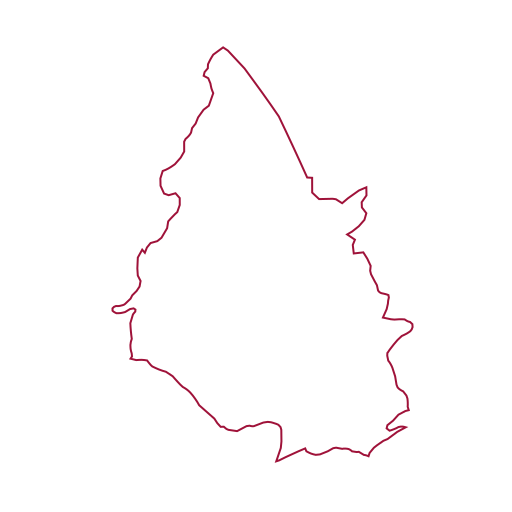 the district of Carbunari, Caras-Severin, Romania, rotated 84°
{"feature_id": "2599482B8506832177959", "entity_name": "Carbunari", "entity_type": "district", "adm_level": 2, "iso_a3": "ROU", "parent_name": "Romania", "parent_adm1": "Caras-Severin", "projection": "natural_earth1", "projection_center": [21.763, 44.828], "detail": "fine", "context": "isolated", "style": "outline", "palette": "rose", "viewbox_px": 512, "rotation_deg": 84, "n_neighbors": 0, "source": "geoboundaries", "source_scale": "gbopen_adm2", "svg_char_len": 3938}
<svg xmlns="http://www.w3.org/2000/svg" viewBox="0 0 512 512"><g transform="rotate(84 256 256)"><path d="M345.0,391.5L347.0,386.0L347.1,383.3L347.3,380.6L347.8,377.9L348.5,375.2L350.2,374.2L351.9,373.1L353.5,372.0L355.0,370.7L356.9,367.6L358.7,364.4L360.3,361.1L361.7,357.7L366.9,351.4L369.9,349.3L372.9,347.1L375.8,344.9L378.6,342.5L379.9,340.7L381.4,338.9L383.1,337.2L384.9,335.7L388.1,333.5L391.5,331.5L394.9,329.7L398.5,328.1L413.4,314.4L418.1,312.0L422.2,309.0L422.4,305.9L424.9,303.5L426.0,301.6L428.2,293.1L424.2,283.2L424.1,280.0L424.5,279.1L424.8,278.0L425.0,277.0L425.0,275.9L422.4,266.1L422.2,261.6L422.9,258.5L423.6,256.7L424.4,254.9L425.2,253.1L426.2,251.4L428.7,249.5L431.5,249.0L443.2,250.1L449.5,251.4L462.3,257.3L461.7,254.4L459.2,247.7L456.9,240.9L454.6,234.0L452.5,227.2L455.5,226.3L456.9,224.2L458.2,222.0L459.2,219.7L460.0,217.4L460.0,213.1L457.7,205.0L455.2,199.3L455.0,196.4L456.8,190.4L456.7,188.8L456.9,187.1L457.2,185.6L457.7,184.0L458.2,183.2L458.8,182.4L459.5,181.6L460.3,180.9L461.5,176.3L461.5,174.2L465.1,169.5L465.4,168.3L465.8,167.2L466.3,166.1L466.9,165.0L463.7,163.6L459.0,158.8L456.8,155.3L453.1,148.6L451.8,144.3L445.7,134.0L442.0,125.0L441.6,126.0L441.3,126.9L441.0,127.9L440.9,128.9L440.8,129.9L441.0,132.2L441.9,134.4L442.6,136.7L443.2,139.0L443.7,141.4L441.1,144.1L438.0,143.0L434.1,136.9L428.7,130.9L425.8,123.7L425.3,120.2L421.8,120.9L419.8,120.6L417.7,120.4L415.7,120.3L413.6,120.3L410.5,121.0L406.0,123.8L405.1,125.2L404.1,126.5L402.9,127.8L401.5,128.9L398.7,129.7L390.2,130.2L381.6,132.0L379.6,132.6L377.6,133.4L375.7,134.3L373.9,135.4L368.9,135.9L366.2,135.5L365.6,134.9L363.1,132.8L360.8,130.6L358.4,128.3L356.2,126.0L354.3,124.0L350.8,119.4L349.9,116.8L348.9,114.2L348.2,112.8L347.5,111.4L346.9,110.4L346.5,110.0L345.8,109.3L345.1,108.7L344.2,108.3L343.3,107.8L342.8,107.7L340.1,107.6L337.7,109.7L337.2,111.1L336.5,112.4L335.6,113.6L334.6,114.8L334.2,117.3L333.9,119.9L333.8,122.5L333.7,125.0L333.0,128.5L330.5,136.2L322.5,131.6L317.2,129.8L315.6,129.5L314.1,129.2L312.6,128.7L311.1,128.2L308.7,128.4L308.0,129.8L307.4,131.3L306.8,133.0L306.2,134.8L305.9,135.5L305.4,136.3L304.7,137.1L303.9,137.7L303.1,138.2L297.7,138.8L293.8,140.5L286.2,143.5L282.6,144.0L277.8,143.0L270.3,145.6L263.6,148.9L263.7,158.5L255.1,158.6L250.1,155.9L244.1,163.1L241.8,158.0L237.2,150.7L231.4,144.4L225.0,141.8L218.8,145.6L213.6,145.3L207.3,139.8L199.2,139.1L201.6,146.8L208.2,158.5L212.5,164.8L207.9,170.6L207.1,173.8L206.0,187.3L198.8,193.5L184.1,192.0L183.3,196.9L167.3,202.2L151.4,207.6L135.5,213.1L119.6,218.7L106.6,225.8L93.8,233.0L81.0,240.4L68.3,247.8L48.8,262.5L45.1,266.9L51.3,277.5L53.5,279.2L55.7,280.8L58.0,282.3L60.3,283.7L64.3,284.3L67.7,287.9L71.3,289.2L74.2,284.9L79.7,283.3L82.2,283.1L84.7,282.8L87.2,282.2L89.6,281.5L101.6,287.2L105.0,292.8L112.1,299.1L118.0,302.2L122.1,306.2L126.5,307.7L128.2,309.0L129.7,310.5L131.0,312.1L132.2,313.8L134.8,315.5L144.6,316.5L150.3,320.6L156.2,327.0L157.0,328.4L158.5,331.2L159.8,334.0L160.9,336.9L161.7,339.9L168.9,343.0L176.2,343.6L184.3,340.9L186.4,336.5L185.2,329.5L190.4,325.8L197.3,326.5L204.1,329.7L206.0,332.3L208.1,334.8L210.2,337.3L212.4,339.7L219.1,341.5L228.0,348.1L230.9,352.6L232.1,359.5L236.2,363.6L241.2,366.2L237.8,368.5L245.2,373.7L255.9,375.3L263.1,375.6L268.8,373.4L274.2,375.0L278.3,378.4L282.2,383.2L285.3,385.2L289.9,391.1L290.5,392.1L290.8,393.1L291.0,393.9L291.1,394.8L291.3,396.0L291.4,397.1L291.4,398.2L291.3,399.3L291.1,400.4L291.7,402.5L293.1,404.2L295.4,404.4L296.3,403.6L297.0,402.8L297.7,401.8L298.3,400.8L298.5,398.7L298.6,396.6L298.4,394.5L298.1,392.3L298.0,391.9L295.6,386.8L295.3,383.2L296.7,381.5L298.7,381.9L299.3,382.6L300.0,383.3L300.7,384.0L301.5,384.6L309.7,388.0L313.6,388.2L317.6,388.3L321.5,388.3L325.4,388.2L326.6,388.7L327.7,389.2L328.9,389.6L330.2,389.9L331.3,390.2L332.5,390.3L334.3,390.4L335.6,390.4L337.7,390.2L339.8,389.8L342.9,389.8L345.0,391.5Z" fill="none" stroke="#9f1239" stroke-width="2"/></g></svg>